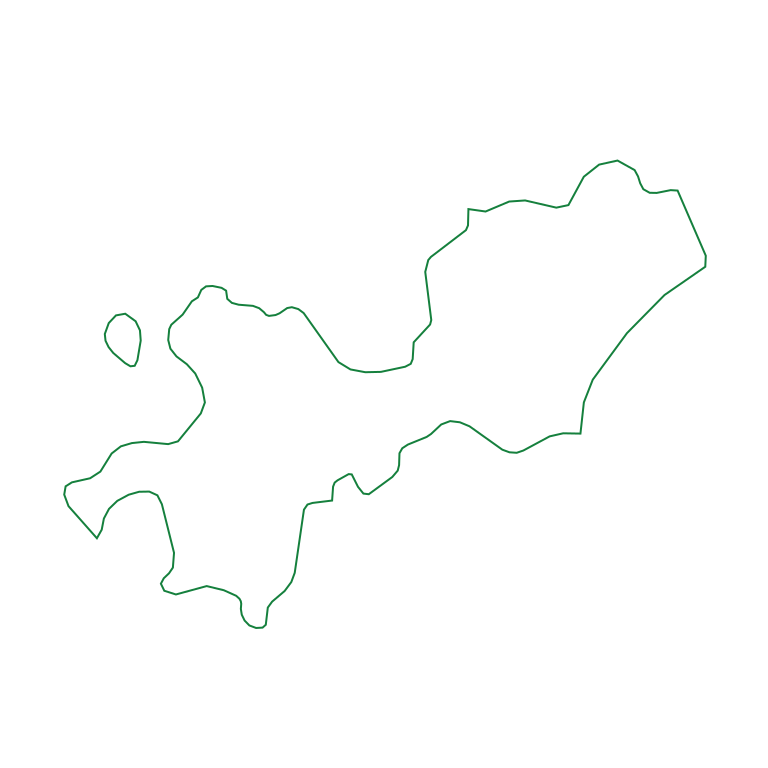 SVG path tracing the border of Caltanissetta, rotated 281°
{"feature_id": "ITA-5416", "entity_name": "Caltanissetta", "entity_type": "Province", "adm_level": 1, "iso_a3": "ITA", "parent_name": "Italy", "parent_adm1": "", "projection": "mercator", "projection_center": [14.011, 37.367], "detail": "fine", "context": "isolated", "style": "outline", "palette": "green", "viewbox_px": 768, "rotation_deg": 281, "n_neighbors": 0, "source": "natural_earth", "source_scale": "10m", "svg_char_len": 2131}
<svg xmlns="http://www.w3.org/2000/svg" viewBox="0 0 768 768"><g transform="rotate(281 384 384)"><path d="M560.4,677.0L524.9,642.4L480.3,612.8L428.1,588.1L404.1,583.7L372.8,586.3L369.8,569.3L364.2,556.6L345.3,533.5L341.8,527.4L340.9,520.2L342.1,512.7L358.8,476.0L360.9,465.8L360.2,456.0L355.2,447.9L343.9,439.7L340.2,436.0L329.1,419.0L324.4,414.2L319.0,412.4L307.2,414.3L301.6,414.0L294.3,409.9L272.9,390.1L272.5,384.7L278.1,378.1L289.1,369.6L288.8,366.5L280.6,356.8L277.8,354.4L273.5,353.6L259.7,355.3L253.6,336.5L251.1,331.9L245.4,329.4L181.6,332.4L171.9,330.8L161.9,326.0L149.0,315.7L142.4,312.6L125.1,313.9L121.7,311.3L120.1,305.0L121.3,297.9L125.2,292.3L130.4,288.4L135.9,286.4L141.0,285.8L143.4,284.9L145.6,283.1L147.9,279.3L151.0,266.1L151.8,248.5L137.7,219.9L139.1,207.8L145.4,203.1L151.3,204.9L157.2,209.1L163.5,211.8L178.2,210.1L223.6,188.9L231.5,182.8L233.6,174.1L231.5,164.2L226.6,154.5L218.4,144.5L209.0,137.9L198.5,134.7L187.1,134.7L177.8,131.6L203.9,97.6L214.4,91.2L222.8,91.0L227.9,96.4L235.4,113.5L243.9,122.3L263.8,129.9L272.6,137.6L277.9,147.8L281.4,159.3L283.8,183.6L288.4,192.7L320.2,209.8L331.7,211.7L345.7,206.2L358.3,196.7L365.8,186.7L371.5,175.0L377.9,167.6L386.0,163.8L396.9,162.7L401.6,163.9L413.7,173.1L428.5,179.6L433.5,184.8L441.5,186.7L445.9,190.7L447.5,197.0L447.4,206.2L445.5,211.2L437.7,213.9L434.6,219.2L434.1,226.2L435.7,240.4L434.6,247.0L431.6,252.4L429.4,255.1L428.9,258.1L431.0,264.4L433.5,268.0L440.1,274.5L441.8,278.9L441.2,285.6L438.3,291.6L396.8,335.1L391.9,348.3L392.0,363.4L395.3,378.6L405.0,401.5L408.9,406.4L413.9,407.4L430.6,405.2L451.2,417.9L455.8,418.2L501.9,403.1L514.1,403.8L517.7,405.8L550.7,435.1L555.7,436.2L571.8,433.5L572.7,450.8L587.0,472.1L591.1,487.5L590.0,519.5L594.8,530.9L625.6,540.6L640.4,553.3L647.9,570.6L641.8,589.2L636.2,593.8L629.9,597.2L624.7,601.4L622.4,608.3L623.6,615.2L629.0,628.4L629.9,635.3L571.3,675.4L560.4,677.0ZM379.8,100.4L391.3,102.2L400.2,107.8L403.6,116.6L398.2,128.2L390.1,134.2L380.2,136.9L360.3,137.4L354.3,135.8L353.0,131.7L355.1,125.9L362.8,112.3L367.7,106.6L373.3,102.4L379.8,100.4Z" fill="none" stroke="#15803d" stroke-width="2"/></g></svg>